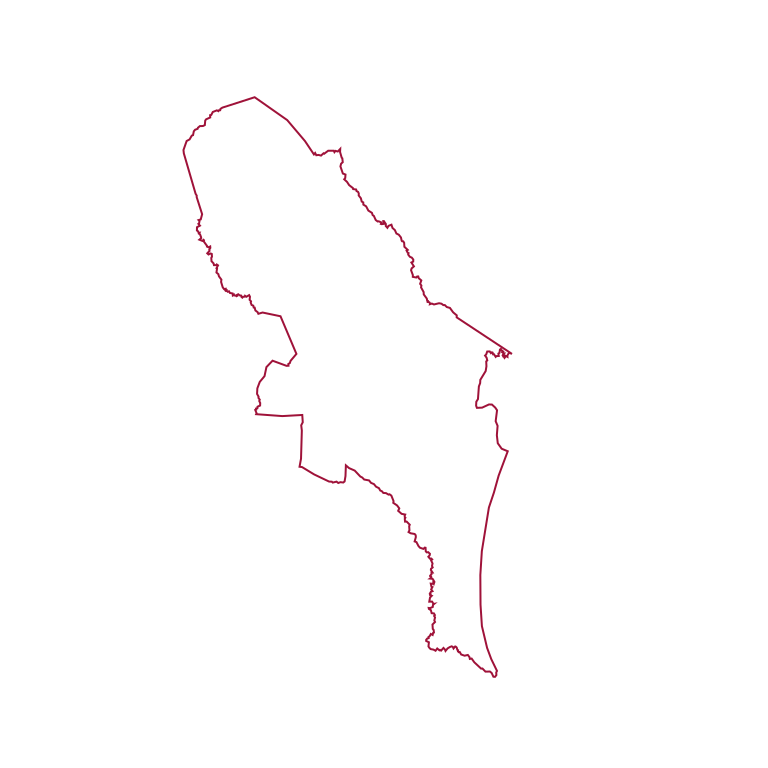 outline of Choma, Southern, Zambia, rotated 342°
{"feature_id": "96606910B73975181244202", "entity_name": "Choma", "entity_type": "district", "adm_level": 2, "iso_a3": "ZMB", "parent_name": "Zambia", "parent_adm1": "Southern", "projection": "natural_earth1", "projection_center": [26.92, -16.86], "detail": "fine", "context": "isolated", "style": "outline", "palette": "rose", "viewbox_px": 768, "rotation_deg": 342, "n_neighbors": 0, "source": "geoboundaries", "source_scale": "gbopen_adm2", "svg_char_len": 6117}
<svg xmlns="http://www.w3.org/2000/svg" viewBox="0 0 768 768"><g transform="rotate(342 384 384)"><path d="M373.5,103.1L349.6,71.3L315.7,71.2L313.5,71.8L312.8,73.0L311.4,72.7L310.8,73.3L309.6,72.1L305.2,72.4L302.9,74.7L301.7,74.6L301.1,76.8L296.6,77.3L295.4,78.2L293.6,82.4L291.5,82.7L288.7,81.8L286.2,82.8L285.6,83.7L282.9,83.8L281.2,84.9L279.3,88.3L277.9,88.4L274.7,91.3L271.4,91.9L265.6,99.5L264.9,102.8L263.6,144.9L264.1,146.9L263.6,148.3L263.5,166.3L260.6,170.8L258.3,170.8L258.9,172.0L257.7,174.2L257.0,174.4L257.9,176.5L254.6,177.1L253.5,180.2L254.4,181.4L254.4,183.1L255.2,183.2L254.5,183.9L255.3,184.9L255.4,187.9L255.2,188.8L253.0,189.7L255.5,191.8L256.9,191.1L257.2,191.7L256.6,192.6L258.4,198.1L258.1,198.6L259.4,199.8L261.2,199.5L260.9,200.9L259.3,202.3L259.2,203.5L256.3,205.1L257.1,206.6L259.5,206.3L260.4,207.1L259.7,209.8L258.7,210.7L257.9,213.9L259.2,216.7L259.0,218.4L261.4,219.2L261.9,218.7L262.8,219.9L260.5,222.1L260.9,222.6L259.1,226.2L260.4,228.3L260.3,230.6L261.6,234.5L260.6,236.6L260.5,242.2L261.2,244.3L262.9,244.5L262.6,245.5L263.0,245.8L262.1,246.2L262.4,246.7L263.3,246.8L263.9,248.0L265.2,247.9L265.6,249.8L268.0,251.1L267.6,253.0L268.9,252.6L268.9,253.5L270.4,254.1L270.8,254.9L271.5,254.8L271.3,253.9L273.1,253.6L274.1,255.1L275.5,255.8L275.4,257.3L276.0,258.1L276.9,257.5L278.6,257.9L279.1,257.2L280.1,258.5L283.2,257.8L283.5,259.6L282.2,262.4L283.1,264.3L282.4,265.3L282.5,267.9L283.9,269.1L283.7,271.0L284.6,271.4L284.4,274.3L286.0,276.6L286.2,278.4L290.6,278.5L306.5,287.6L310.0,328.3L302.3,333.1L300.9,335.0L299.2,335.4L298.8,337.1L296.9,336.6L285.2,327.4L277.4,331.6L272.8,339.6L266.5,343.6L262.2,349.0L260.2,354.2L260.8,357.3L260.3,358.4L261.0,360.5L260.1,361.6L260.4,363.8L259.5,366.2L256.7,366.5L256.1,367.9L254.7,367.8L254.6,368.8L253.5,368.9L253.8,372.4L253.1,373.2L277.4,383.1L296.7,388.2L294.9,395.3L292.5,397.7L291.5,402.8L282.0,429.4L278.1,436.6L280.4,437.7L289.6,448.4L301.6,459.8L304.2,460.8L304.8,461.9L308.7,462.2L309.9,464.0L312.2,463.9L314.8,465.1L316.4,464.5L318.9,459.7L322.6,449.6L324.8,453.2L329.4,457.3L332.9,464.7L334.4,466.2L335.6,468.7L340.0,471.1L341.1,474.0L343.5,476.1L344.7,479.2L347.0,481.5L347.5,484.1L348.9,485.4L349.7,487.4L352.2,488.4L354.1,490.6L355.2,490.6L356.5,492.4L356.9,498.3L356.1,499.9L358.9,503.5L360.1,507.0L358.3,509.0L360.6,512.9L363.8,514.7L363.0,515.6L362.6,517.1L363.0,517.8L362.1,518.6L361.5,521.4L363.0,521.8L365.0,525.8L364.0,527.0L363.0,531.0L361.6,532.4L363.2,534.2L366.8,536.1L367.4,537.6L367.0,539.4L364.5,543.2L366.0,544.4L366.7,548.7L367.6,550.8L370.5,553.0L372.2,552.2L372.9,552.6L372.0,556.1L372.7,557.4L374.1,557.6L375.2,559.7L374.5,561.0L372.8,562.0L373.7,564.3L374.9,564.5L375.6,565.7L374.3,566.3L374.7,569.7L373.4,571.9L373.6,573.5L371.7,574.2L371.1,575.3L371.9,578.3L370.9,578.0L370.5,579.5L368.6,580.6L368.5,581.2L369.3,581.8L368.8,583.0L367.7,583.3L368.8,583.8L369.3,583.4L370.2,584.8L370.8,587.8L369.7,589.3L369.5,588.2L369.1,589.3L366.8,588.3L366.5,591.5L367.3,592.1L365.4,593.9L366.1,596.0L364.4,596.1L363.3,597.1L363.4,597.9L362.7,597.9L362.6,599.2L363.9,600.2L361.8,601.3L359.8,605.0L362.5,605.8L363.1,608.5L363.8,608.6L362.3,609.2L361.5,611.1L358.6,611.4L357.3,610.8L357.2,611.8L358.7,613.6L358.5,616.7L360.6,617.6L361.0,619.5L360.0,620.1L360.4,621.8L358.8,624.4L359.0,626.1L355.8,627.7L354.7,632.0L355.2,633.2L354.7,635.8L353.8,635.9L352.7,637.7L351.3,636.2L349.4,638.0L348.2,638.3L347.9,639.5L346.6,639.4L345.1,640.3L344.7,641.4L346.9,643.5L345.2,647.3L345.5,648.6L346.4,650.5L349.0,651.9L350.6,653.6L352.9,652.0L354.4,654.4L355.1,654.2L355.9,655.2L359.0,653.4L359.9,655.3L360.0,656.9L362.8,655.1L365.3,654.5L367.3,654.4L368.2,655.3L368.4,657.0L370.6,655.6L371.1,656.0L371.7,657.1L371.6,659.5L372.2,660.1L371.7,661.1L372.3,662.2L373.2,662.3L373.8,665.1L376.7,667.3L380.0,667.6L380.9,670.2L380.7,672.0L382.5,672.2L383.9,676.6L388.4,684.7L389.7,685.0L391.6,688.9L395.9,690.2L397.1,692.1L397.6,696.2L399.1,696.8L400.9,695.6L401.6,693.0L402.8,691.8L401.0,678.8L400.5,666.8L402.3,644.5L407.6,623.7L416.6,595.4L425.4,573.2L445.6,533.9L455.0,521.2L464.7,506.6L480.9,486.2L475.9,481.9L473.9,475.5L475.5,467.6L479.1,458.9L478.7,453.9L483.4,443.9L482.5,440.8L480.3,436.9L477.5,435.9L470.0,436.8L465.0,435.4L464.9,433.1L466.3,429.4L468.7,427.4L473.5,415.6L475.7,412.9L476.9,409.8L484.7,403.1L486.9,398.8L488.2,394.1L489.5,393.5L489.7,390.6L488.9,388.2L490.3,387.5L492.2,385.0L494.6,385.7L495.2,387.7L496.4,387.2L497.0,387.7L496.9,389.5L497.8,389.7L498.6,392.7L499.5,392.2L501.8,392.8L502.2,390.4L503.4,390.1L504.9,387.1L505.9,386.8L505.7,388.0L506.9,388.9L506.3,390.1L507.4,390.4L506.8,391.8L507.7,392.1L505.7,393.4L505.9,394.4L507.2,393.7L507.7,394.2L506.5,395.2L506.7,396.4L508.7,395.1L509.8,396.3L510.1,395.1L512.5,392.9L515.0,394.9L473.7,343.1L474.4,341.2L471.9,337.2L470.2,332.0L467.5,330.2L466.2,327.7L464.8,327.3L463.5,325.4L461.3,324.2L456.1,323.8L454.4,322.3L452.4,322.3L452.8,321.7L452.4,320.3L450.9,319.5L451.4,318.6L450.8,318.2L451.1,316.0L449.5,311.1L450.1,308.8L449.1,303.6L450.0,301.9L449.3,299.9L451.5,297.0L449.7,294.1L449.8,292.3L448.7,292.0L447.6,292.7L444.5,291.0L445.1,289.3L444.9,284.1L446.0,282.6L448.8,281.4L447.6,276.9L449.6,276.6L450.3,274.7L449.5,272.4L447.9,271.0L447.0,268.4L447.8,267.1L447.1,266.5L446.7,264.1L448.0,263.8L445.8,259.8L446.8,255.9L446.4,254.3L445.3,253.8L445.1,253.1L445.4,249.9L444.2,246.6L442.3,244.7L441.9,241.0L440.3,238.2L440.3,234.8L437.1,235.0L435.5,236.5L434.5,234.3L435.2,232.4L434.2,229.0L433.7,228.9L433.7,231.7L431.2,231.3L430.5,230.8L431.5,229.6L429.2,227.6L428.2,227.5L426.8,225.5L426.3,221.0L425.4,219.9L425.4,217.5L422.7,214.2L421.9,209.5L419.8,207.0L420.4,204.9L419.2,203.6L419.4,200.2L418.2,196.9L418.9,195.0L418.7,193.3L417.5,192.0L417.6,190.4L414.9,189.1L415.0,188.1L412.3,184.1L411.3,180.4L409.4,177.0L410.8,176.1L412.1,172.9L409.9,171.1L409.8,163.6L411.3,161.2L413.3,160.3L414.1,156.5L413.7,155.7L413.9,149.8L415.0,146.9L411.9,148.6L409.9,147.3L408.5,148.2L408.3,146.6L403.0,144.9L398.3,146.5L397.8,145.9L394.7,147.3L392.5,145.9L390.3,145.5L389.9,143.0L388.3,144.0L383.9,128.5L373.5,103.1Z" fill="none" stroke="#9f1239" stroke-width="2"/></g></svg>